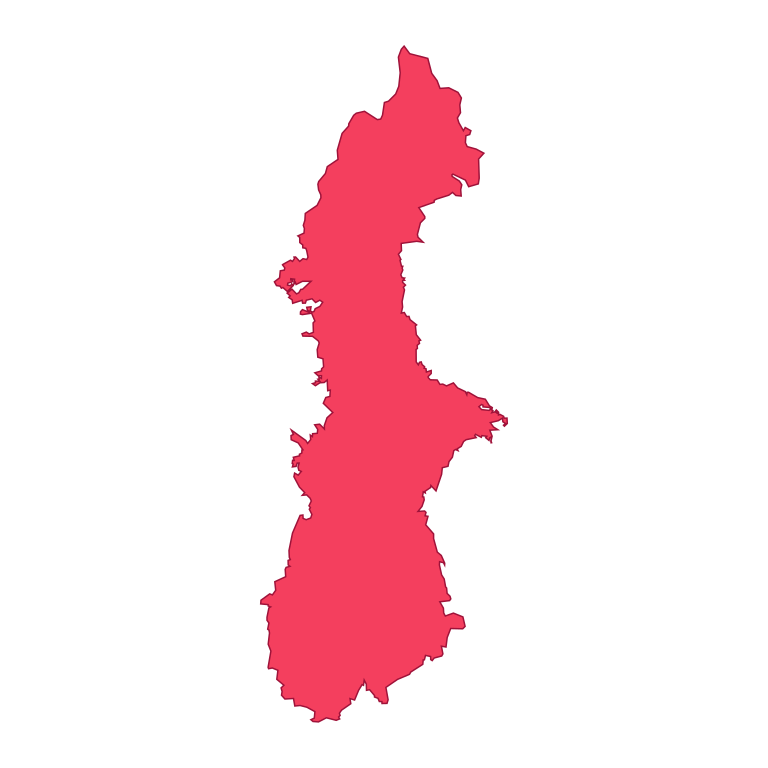 outline of Zagra, Bistrita-Nasaud, Romania
{"feature_id": "2599482B99708604172426", "entity_name": "Zagra", "entity_type": "district", "adm_level": 2, "iso_a3": "ROU", "parent_name": "Romania", "parent_adm1": "Bistrita-Nasaud", "projection": "mercator", "projection_center": [24.263, 47.416], "detail": "fine", "context": "isolated", "style": "filled", "palette": "rose", "viewbox_px": 768, "rotation_deg": 0, "n_neighbors": 0, "source": "geoboundaries", "source_scale": "gbopen_adm2", "svg_char_len": 6106}
<svg xmlns="http://www.w3.org/2000/svg" viewBox="0 0 768 768"><path d="M350.8,703.7L350.0,698.6L354.6,700.0L358.6,690.3L362.1,684.6L363.5,685.3L364.2,680.1L366.3,684.1L366.5,690.3L369.6,689.7L374.5,695.5L374.5,697.0L378.0,698.3L379.3,701.5L381.9,701.6L382.0,703.5L387.0,703.4L388.1,699.8L385.9,687.4L397.5,679.4L409.5,674.3L410.8,672.0L422.8,664.3L423.2,659.9L424.4,659.8L425.5,655.4L430.6,656.5L430.7,659.6L432.2,660.6L434.2,658.0L441.7,656.0L442.9,653.9L441.4,646.2L446.0,647.0L447.2,637.5L450.7,628.5L462.7,628.8L465.1,626.4L462.9,616.9L453.4,613.1L445.3,616.0L443.7,613.0L443.4,608.1L439.8,601.8L449.6,600.6L450.8,598.9L450.0,596.2L447.1,593.4L446.6,588.0L445.6,586.9L444.2,579.0L441.6,574.9L439.4,564.9L439.6,561.7L443.5,562.7L444.6,564.9L444.7,563.2L441.3,555.5L437.3,552.1L433.6,538.6L433.6,533.9L425.7,524.8L428.0,516.3L425.1,515.8L426.0,512.4L424.6,511.0L418.0,511.4L422.0,506.4L424.2,499.9L423.8,497.0L422.5,496.8L423.3,491.8L425.3,492.9L425.0,491.3L430.6,487.5L430.9,485.5L436.0,490.9L441.6,474.3L442.3,467.7L448.0,466.3L449.0,461.6L452.4,457.2L453.8,450.6L455.5,449.5L458.0,450.6L457.2,448.8L461.2,446.4L463.6,441.5L466.1,439.7L476.2,437.6L474.7,435.7L475.5,434.3L481.3,437.3L481.9,435.6L486.8,436.3L485.7,437.7L489.0,440.4L489.7,437.9L491.6,436.7L490.8,441.0L491.1,442.8L491.6,442.7L491.0,441.0L492.1,436.2L489.8,430.2L497.8,429.7L493.5,427.0L490.3,422.6L498.3,420.7L502.4,418.2L502.9,421.8L505.6,423.5L503.5,425.2L504.4,426.2L507.3,423.5L507.0,418.1L504.2,418.2L503.6,416.3L500.0,414.4L498.5,415.0L498.6,412.3L496.3,410.0L495.3,411.4L497.8,413.7L495.2,411.8L491.8,412.7L492.9,410.6L490.5,409.2L489.2,410.4L481.6,409.6L478.9,406.7L481.6,404.5L483.0,405.2L483.0,406.9L489.0,407.4L491.9,409.3L492.3,407.6L489.4,405.8L485.3,399.2L477.7,397.6L468.6,392.3L467.2,392.3L466.8,394.7L465.3,391.6L457.6,387.9L453.4,382.9L446.5,385.9L442.8,384.1L439.9,384.4L437.2,380.0L430.3,379.8L428.3,377.7L428.1,376.6L431.2,373.5L431.2,370.5L426.4,372.0L426.0,368.7L424.1,368.2L424.6,366.7L422.1,364.6L421.2,361.9L419.5,362.3L418.3,364.8L416.2,361.9L416.1,349.4L417.4,348.5L417.2,345.3L419.5,343.4L418.9,340.9L420.6,340.2L416.3,334.7L415.4,325.8L416.6,324.9L410.0,319.6L409.0,316.4L406.6,316.5L404.3,312.5L401.3,313.1L402.6,307.0L402.1,301.6L404.5,289.9L403.4,287.2L405.5,285.1L402.6,282.3L402.6,280.5L404.6,280.3L403.7,279.1L404.6,278.1L402.1,277.7L400.8,274.8L402.8,270.0L402.1,268.1L402.8,266.3L401.5,266.2L400.0,260.2L400.9,259.5L398.4,254.2L401.5,250.7L401.2,243.4L416.7,241.3L423.1,242.2L418.0,237.2L417.4,234.4L420.4,222.8L424.8,218.4L424.8,216.6L418.8,207.6L434.1,202.2L434.3,200.3L436.7,199.0L448.8,195.2L452.5,192.4L455.9,195.5L461.2,196.0L460.7,189.6L461.8,184.8L459.4,181.1L452.2,176.5L451.9,174.9L452.9,174.1L465.4,180.1L468.7,186.7L478.3,183.9L479.2,178.1L478.6,159.0L483.9,153.2L476.2,149.1L467.2,146.6L465.4,142.7L465.9,135.7L469.7,134.5L470.9,130.7L465.2,127.5L463.4,130.7L458.9,122.8L457.4,118.0L460.5,112.7L459.8,104.9L461.4,98.0L458.0,92.4L448.8,87.8L440.0,88.4L437.1,80.7L431.7,73.3L427.8,58.4L409.7,53.7L404.1,46.1L401.3,49.3L398.4,57.1L400.2,72.8L398.8,86.3L395.7,94.0L388.5,101.2L384.4,102.5L382.5,115.2L380.7,119.1L377.3,119.6L364.5,111.3L356.3,113.2L353.7,115.3L348.8,123.7L348.6,126.1L342.1,133.4L337.3,150.2L338.0,159.4L327.3,166.6L325.4,173.5L318.7,181.5L317.9,184.2L318.6,189.9L320.8,194.8L320.9,197.8L317.1,205.4L305.3,213.4L304.9,220.2L303.3,225.4L304.4,228.5L304.0,233.1L297.9,235.9L299.7,237.4L299.8,242.6L302.7,244.9L302.8,247.8L305.8,248.3L306.7,250.7L308.0,257.2L306.7,259.5L303.0,258.7L299.7,261.4L295.6,257.0L294.0,257.1L294.5,258.6L292.5,261.4L290.5,260.2L283.1,264.3L282.5,264.8L284.8,267.9L284.3,270.1L280.3,270.8L279.6,277.8L274.4,281.8L276.5,285.6L280.0,286.1L281.4,288.2L282.9,287.5L287.4,291.5L293.2,285.6L291.7,283.8L290.7,285.7L287.5,285.1L287.8,283.2L292.6,281.6L292.7,280.3L290.7,279.9L290.8,278.7L294.6,279.2L293.8,284.3L295.4,282.3L296.1,284.5L302.5,281.3L311.0,281.3L302.5,289.3L300.8,289.4L298.8,292.8L296.5,293.9L292.0,289.2L287.1,293.1L290.2,295.9L288.7,297.4L292.2,299.9L292.7,303.3L302.1,300.3L302.6,303.2L305.4,303.1L306.3,300.2L312.0,298.8L315.6,302.5L319.8,300.2L322.7,302.2L319.9,306.4L315.2,308.7L314.0,311.5L312.0,312.1L310.4,310.8L311.0,306.8L306.7,307.3L307.5,310.5L309.7,311.2L309.4,312.5L302.4,309.6L300.5,311.8L300.4,314.1L302.3,314.6L311.6,313.2L314.9,321.0L313.1,322.9L313.4,332.3L309.2,333.9L306.3,332.1L302.0,333.8L302.9,336.1L312.5,336.3L318.3,340.9L319.2,343.0L317.2,349.6L317.8,357.2L323.0,358.8L323.6,366.9L321.6,368.8L321.5,370.9L314.9,372.8L318.1,375.7L321.5,375.7L321.4,378.4L318.9,377.0L319.2,379.0L317.9,379.2L319.8,381.3L315.4,381.1L315.5,382.7L312.5,383.6L315.4,385.7L319.9,382.8L324.2,382.5L327.2,380.0L327.7,390.7L330.3,390.1L329.9,396.4L325.8,397.5L323.3,403.3L332.8,412.5L327.0,417.8L324.3,425.6L324.4,429.0L319.6,424.2L314.7,424.8L317.7,429.4L317.3,433.3L312.6,433.7L312.4,436.6L310.3,435.1L310.7,439.6L307.6,443.4L305.8,440.5L291.4,430.1L293.4,434.4L291.0,435.6L291.2,439.7L298.2,442.9L302.9,449.8L301.9,450.0L301.8,453.0L299.4,454.3L299.6,455.8L293.3,457.3L294.2,460.4L292.6,460.3L292.2,463.5L293.2,464.1L292.4,466.9L296.1,466.4L297.2,463.1L299.1,463.1L298.0,466.9L298.8,470.3L301.3,471.4L298.2,475.1L294.6,473.1L293.9,476.7L299.5,487.2L304.7,492.6L302.3,495.3L306.7,494.9L310.1,498.2L311.3,501.0L309.0,505.8L310.4,507.7L309.3,509.2L311.9,514.4L310.7,518.0L306.2,519.7L303.1,518.4L302.9,515.0L300.1,515.4L292.5,533.1L289.0,550.5L289.3,557.4L290.3,559.6L288.1,560.4L288.2,564.9L290.0,566.3L286.1,567.4L285.2,569.4L285.7,576.7L274.8,581.7L275.7,590.3L272.4,594.9L269.7,593.9L261.0,600.2L260.7,603.9L268.1,604.6L268.2,606.0L270.6,606.9L268.9,607.9L267.0,617.2L267.0,620.3L268.9,623.0L267.7,629.2L269.0,630.2L269.5,633.0L268.2,644.2L270.9,651.1L268.1,667.3L268.6,668.7L272.3,668.0L277.9,670.3L276.8,679.3L283.9,685.2L281.1,687.9L282.1,691.6L281.5,695.2L284.9,699.0L293.5,698.5L294.8,706.0L300.1,705.5L306.8,707.2L314.9,711.6L314.3,718.1L310.9,719.7L313.0,721.5L318.5,721.9L326.4,717.8L336.2,720.3L339.7,718.9L338.6,717.0L340.1,715.5L339.4,713.2L341.6,710.1L350.8,703.7Z" fill="#f43f5e" stroke="#9f1239" stroke-width="1.5"/></svg>